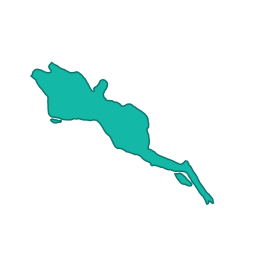 Atfeh, Bani Suwayf, Egypt (Mercator projection), rotated 297°
{"feature_id": "37247803B7335021436895", "entity_name": "Atfeh", "entity_type": "district", "adm_level": 2, "iso_a3": "EGY", "parent_name": "Egypt", "parent_adm1": "Bani Suwayf", "projection": "mercator", "projection_center": [31.247, 29.343], "detail": "fine", "context": "isolated", "style": "filled", "palette": "teal", "viewbox_px": 256, "rotation_deg": 297, "n_neighbors": 0, "source": "geoboundaries", "source_scale": "gbopen_adm2", "svg_char_len": 5331}
<svg xmlns="http://www.w3.org/2000/svg" viewBox="0 0 256 256"><g transform="rotate(297 128 128)"><path d="M151.7,30.3L151.4,30.2L150.9,30.1L150.4,30.0L150.0,29.9L149.3,29.7L149.1,29.6L148.6,29.4L148.0,29.4L146.6,29.6L146.3,29.9L146.0,30.3L145.3,31.0L145.1,31.5L144.8,32.1L144.6,32.4L144.3,33.5L144.0,33.7L142.9,34.0L142.2,33.7L141.9,33.0L141.0,31.8L140.9,31.4L140.5,30.8L140.5,30.2L140.4,29.8L140.1,28.4L140.0,27.9L140.1,27.4L140.1,25.2L139.9,23.7L139.6,22.2L139.4,21.3L138.9,20.2L138.1,19.3L138.0,19.1L137.6,18.8L136.4,18.4L135.2,18.0L134.8,17.9L133.8,18.1L132.6,18.3L131.8,18.5L131.6,18.5L130.7,18.2L130.3,18.1L130.3,18.3L129.8,20.0L129.5,21.4L129.1,23.9L127.7,25.5L126.3,27.4L124.2,31.3L123.6,33.1L123.2,34.3L122.2,35.8L121.3,38.1L120.5,39.3L120.3,40.9L119.5,42.3L118.3,43.2L114.8,44.8L112.7,46.1L109.2,47.9L106.7,49.5L105.1,50.5L104.1,51.8L103.3,53.8L103.3,54.0L103.3,55.0L103.6,55.7L104.2,57.7L104.7,58.9L105.1,60.6L105.7,61.9L105.7,64.1L106.0,65.6L106.1,66.2L106.9,68.3L107.9,70.6L108.1,71.0L108.6,72.0L109.2,73.1L109.9,74.0L111.0,74.9L111.7,75.6L112.4,77.0L112.6,78.0L113.5,79.1L114.2,80.5L114.7,83.4L115.3,85.4L115.4,85.7L116.1,86.7L116.7,88.5L117.3,90.5L118.4,92.2L119.0,92.8L119.8,93.9L120.4,96.0L120.6,96.9L120.5,97.3L120.1,98.5L119.9,99.1L119.5,100.6L118.8,102.0L118.1,103.4L116.6,105.7L115.3,107.7L114.5,109.1L113.6,110.7L112.8,113.5L112.4,115.5L111.0,117.6L109.5,119.6L108.5,120.9L107.5,122.1L106.7,123.5L105.6,124.9L105.2,126.7L105.2,128.2L106.0,129.5L106.2,130.2L106.6,131.2L106.6,133.0L106.6,134.0L106.6,135.5L106.2,137.0L106.4,138.2L106.8,139.4L107.1,141.5L107.4,143.9L107.5,146.3L108.2,147.4L108.6,148.4L108.6,150.1L108.6,151.9L108.6,152.2L107.7,154.3L107.1,156.4L107.0,157.2L107.0,158.7L107.0,160.1L107.1,161.8L107.1,163.2L106.8,164.1L105.7,164.9L105.3,166.6L106.2,167.5L106.8,168.4L107.3,170.1L107.6,171.7L107.9,174.2L108.1,175.3L108.7,176.7L108.7,178.0L108.7,179.7L108.9,181.2L109.2,183.1L110.1,184.5L110.4,187.3L110.9,189.9L111.9,191.6L112.8,193.0L113.6,195.3L114.4,196.7L114.7,198.3L114.8,199.6L114.6,201.0L113.8,202.7L112.7,203.9L112.2,205.1L111.3,206.6L110.2,208.2L108.8,210.4L108.3,212.0L106.1,215.8L104.4,218.9L103.3,220.5L103.1,220.8L103.0,221.1L102.9,221.2L102.8,221.4L102.8,221.6L102.7,221.8L102.6,222.0L102.5,222.3L101.9,223.6L101.7,223.9L101.3,225.0L101.4,225.8L100.5,227.0L99.7,228.3L98.7,229.6L98.0,230.5L97.8,230.7L96.4,232.2L96.0,233.0L97.6,233.9L99.3,233.3L99.6,233.2L99.8,235.0L99.3,236.8L99.3,237.4L99.3,237.7L100.2,238.1L101.8,236.6L103.2,235.5L104.5,232.7L105.6,230.4L106.0,228.3L106.2,227.7L106.6,226.9L107.4,225.2L109.1,222.2L110.8,219.0L112.2,216.2L113.3,215.1L113.9,213.8L115.4,212.3L117.5,208.9L118.9,206.0L119.7,205.0L120.3,203.9L121.3,202.7L122.3,200.9L122.8,199.0L123.5,198.5L124.4,197.4L125.2,196.0L124.8,194.2L123.8,193.7L122.0,193.3L120.3,192.3L119.4,191.1L119.2,190.0L119.0,186.6L119.0,182.7L118.3,176.3L117.9,171.1L117.7,169.2L117.7,165.7L118.7,162.2L119.0,157.5L118.6,156.3L118.7,155.5L120.2,154.7L120.8,154.3L121.2,154.3L122.9,154.1L123.2,154.1L124.2,153.7L125.5,153.2L126.8,152.4L127.8,151.7L129.1,150.8L130.4,150.0L131.3,149.3L132.3,148.2L132.9,147.4L134.2,146.3L135.5,145.5L135.8,145.4L137.2,145.7L138.2,145.9L138.9,145.5L139.5,145.1L140.9,144.7L141.8,143.9L142.8,143.1L144.4,141.9L145.4,141.5L145.6,140.8L146.3,140.4L146.6,139.7L147.2,138.9L147.4,137.9L148.0,136.8L148.3,135.4L148.5,134.3L148.8,133.3L149.0,132.2L148.9,131.2L149.2,130.1L149.1,129.1L149.3,128.1L149.3,127.4L149.5,126.0L149.8,125.3L149.7,123.9L149.9,122.8L150.2,121.8L150.4,120.7L150.3,119.3L150.2,118.7L149.4,117.4L148.7,116.4L147.2,115.5L146.8,115.2L145.8,114.6L145.4,113.9L145.0,113.6L144.9,112.9L144.9,112.2L145.1,111.2L145.7,109.7L145.8,107.7L145.8,107.0L145.7,105.9L145.3,105.3L145.3,104.9L144.9,104.3L144.8,102.9L145.0,102.2L145.0,101.5L144.5,100.5L144.1,99.2L143.7,98.5L143.2,97.2L143.2,96.5L143.1,95.5L143.4,94.8L143.9,94.8L144.3,93.3L144.8,92.2L145.2,92.0L145.5,91.8L146.1,91.1L147.1,90.6L148.1,90.5L149.1,90.5L150.5,90.3L151.9,90.6L153.3,90.8L154.6,90.7L156.7,90.2L158.0,89.7L158.9,88.9L159.5,87.8L159.8,86.8L160.0,85.7L159.9,84.7L159.5,83.4L158.7,82.7L157.3,81.8L155.6,82.0L153.9,81.8L152.1,81.6L151.1,81.3L149.6,80.4L148.9,79.8L147.5,79.6L147.5,79.9L145.6,81.1L144.8,80.1L144.7,79.1L145.3,78.0L145.9,76.9L146.2,76.2L147.1,75.1L147.7,74.4L148.6,72.9L149.6,71.8L150.1,70.4L151.1,69.2L152.3,67.4L152.8,65.6L153.4,64.5L154.0,63.1L154.5,61.3L154.7,59.6L155.0,58.9L154.9,57.9L154.8,57.5L154.4,56.2L153.7,56.2L153.3,55.2L152.5,54.3L152.1,53.3L151.3,52.3L150.9,51.0L151.0,49.2L150.9,47.8L151.1,46.4L151.1,45.4L151.0,44.4L150.9,43.7L150.9,43.4L150.7,41.6L150.7,41.0L150.6,39.9L150.8,38.9L151.1,37.5L151.3,36.4L151.2,34.7L151.1,33.7L151.3,32.6L151.5,30.9L151.7,30.3ZM105.0,210.0L105.3,210.5L106.8,210.4L107.3,209.5L107.8,208.4L109.0,204.0L110.3,201.2L111.3,197.1L111.2,194.6L109.5,192.7L108.5,190.6L108.4,190.7L107.4,191.7L106.5,193.2L105.0,195.4L104.2,197.5L103.2,199.4L103.0,200.6L102.9,201.7L103.2,203.0L103.7,204.5L103.8,205.5L103.8,206.5L104.1,208.2L104.2,209.0L105.0,210.0ZM102.4,65.0L103.5,65.5L104.1,65.2L103.9,64.2L103.5,64.0L103.0,63.1L102.9,61.5L102.6,60.9L102.5,60.0L102.0,59.2L101.9,57.5L101.6,56.4L100.5,55.5L99.9,55.7L99.6,56.3L99.2,56.8L99.4,57.9L98.9,59.1L99.5,60.8L100.2,62.1L100.6,62.4L101.8,63.8L102.4,64.6L102.4,65.0Z" fill="#14b8a6" stroke="#0f766e" stroke-width="1.5"/></g></svg>